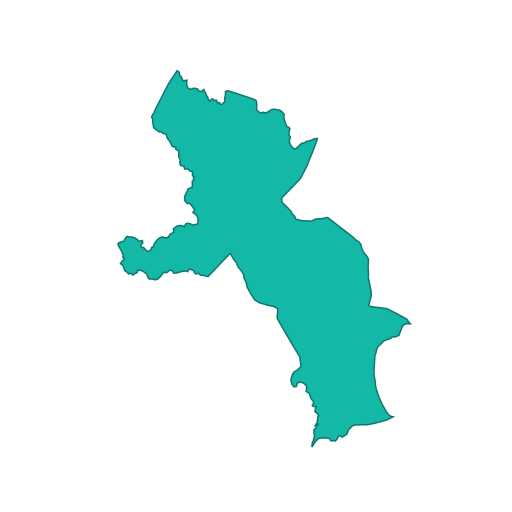 the district of Camaquã, Rio Grande do Sul, Brazil, rotated 346°
{"feature_id": "56859067B61362337582377", "entity_name": "Camaquã", "entity_type": "district", "adm_level": 2, "iso_a3": "BRA", "parent_name": "Brazil", "parent_adm1": "Rio Grande do Sul", "projection": "natural_earth1", "projection_center": [-51.838, -30.928], "detail": "fine", "context": "isolated", "style": "filled", "palette": "teal", "viewbox_px": 512, "rotation_deg": 346, "n_neighbors": 0, "source": "geoboundaries", "source_scale": "gbopen_adm2", "svg_char_len": 4963}
<svg xmlns="http://www.w3.org/2000/svg" viewBox="0 0 512 512"><g transform="rotate(346 256 256)"><path d="M131.9,244.7L133.1,244.0L136.7,243.4L137.4,241.5L140.4,241.7L142.8,243.7L145.5,246.8L146.1,251.2L147.3,252.9L149.2,252.9L152.6,254.8L154.9,254.6L158.2,252.9L162.6,249.3L163.7,250.1L165.7,250.5L168.3,249.1L170.0,249.1L171.4,250.5L171.9,252.7L174.3,253.3L180.7,253.1L184.0,253.5L186.0,254.7L187.0,253.1L188.8,252.7L192.0,255.2L192.3,257.5L193.1,258.8L195.9,258.7L196.5,260.1L198.1,261.4L200.2,262.0L204.4,264.4L231.7,247.1L233.3,253.2L235.5,258.1L235.5,259.9L236.4,263.2L238.1,266.7L239.5,270.9L239.1,274.4L240.0,279.6L239.9,284.3L241.9,291.8L244.1,298.2L247.5,301.9L256.2,307.0L260.8,309.1L264.4,312.5L261.4,321.6L269.9,350.9L274.1,364.4L273.8,366.5L273.2,372.3L273.0,374.0L268.7,376.6L265.1,377.6L263.3,379.2L262.0,380.8L259.9,384.5L259.7,388.5L260.9,391.9L263.2,392.5L264.3,391.6L264.8,389.9L266.3,389.0L268.1,389.1L270.0,389.8L271.7,391.2L273.7,394.7L271.9,399.5L274.4,402.1L274.9,407.8L276.5,411.1L276.2,412.9L274.5,414.6L275.5,416.0L278.2,416.7L276.2,419.2L275.6,421.6L277.0,422.9L278.2,425.9L277.0,427.3L275.2,431.9L275.4,434.1L274.0,433.2L272.3,435.2L274.0,435.4L272.7,437.2L270.2,438.7L269.6,440.8L269.4,444.2L267.0,449.0L265.5,450.7L264.0,454.9L268.4,450.8L271.6,448.6L273.5,448.2L279.6,449.3L283.4,451.1L283.9,453.5L286.0,453.7L288.1,454.7L290.4,453.3L291.7,451.3L294.1,450.6L295.7,452.6L298.1,451.9L300.0,451.3L301.2,450.6L302.5,448.9L303.7,447.0L305.4,446.0L308.7,444.0L311.8,444.0L323.6,446.7L331.1,447.0L342.6,446.8L350.1,445.2L347.5,443.8L346.1,441.6L345.4,440.0L344.7,438.3L342.6,430.7L341.0,421.9L340.5,413.6L340.8,408.9L341.5,404.9L341.6,400.5L342.5,396.6L347.4,381.1L349.0,379.0L350.0,376.6L352.2,373.7L359.6,369.3L367.0,368.4L368.8,367.4L371.2,368.2L375.4,367.6L381.2,359.5L383.2,358.4L385.4,358.0L387.4,358.7L389.4,359.2L388.4,357.6L387.1,353.9L380.6,347.8L371.9,340.1L369.7,338.5L354.6,332.6L353.6,331.0L358.2,322.5L359.3,317.2L359.3,314.1L359.5,310.8L359.6,307.7L359.7,304.5L360.5,301.4L361.2,298.8L361.7,296.5L361.9,294.5L362.9,291.2L364.3,286.7L364.0,284.7L363.2,282.1L361.9,280.0L360.8,276.4L360.5,273.7L360.5,269.8L359.4,267.4L356.5,264.3L354.8,261.3L348.3,253.1L335.7,237.1L334.7,235.9L328.9,235.7L326.9,235.2L325.4,234.9L323.6,234.8L321.6,234.7L318.4,235.7L315.6,234.7L313.3,234.1L309.2,232.9L307.5,232.0L303.6,229.9L303.0,226.5L301.3,224.1L301.0,221.7L300.0,220.0L299.0,217.8L297.2,214.9L294.1,209.9L294.7,207.8L294.7,206.1L305.6,199.3L307.5,198.1L314.4,193.8L318.2,191.3L327.5,180.6L332.1,174.0L334.3,171.2L342.0,160.3L344.2,156.2L342.5,157.3L341.2,156.2L337.6,157.2L336.1,157.0L334.6,157.4L333.1,156.8L331.8,157.6L329.8,157.9L327.5,157.7L322.3,160.6L320.6,161.5L318.9,161.2L317.4,159.3L316.5,157.0L315.9,153.9L316.9,150.9L318.2,148.8L317.2,146.7L318.2,143.4L319.7,140.6L319.0,139.1L317.3,138.0L317.0,136.2L316.5,132.2L316.5,128.3L317.6,125.6L316.5,123.0L314.4,120.3L309.2,117.9L306.1,117.7L301.8,119.3L299.3,119.3L298.0,118.3L294.9,118.4L292.0,114.7L292.6,111.5L293.4,109.5L293.8,105.1L291.7,103.3L269.3,89.1L267.8,88.7L266.1,89.3L265.0,93.2L263.7,95.4L263.3,98.3L261.7,99.5L259.5,100.7L258.0,100.0L257.7,98.3L255.6,98.3L255.3,95.2L253.3,95.1L252.5,93.5L250.8,92.9L249.2,94.5L247.7,93.3L247.6,90.4L246.7,87.6L246.4,85.3L245.8,83.6L245.7,81.8L243.0,83.0L240.6,82.3L239.8,80.0L238.7,79.1L235.9,78.0L234.0,78.5L232.0,78.0L230.5,76.6L230.2,73.2L230.8,70.2L231.6,68.8L227.5,68.3L226.7,63.6L225.7,62.4L225.9,58.9L224.2,57.1L221.3,59.9L212.7,67.8L199.9,82.4L192.4,91.1L191.6,92.8L190.1,93.5L188.3,96.0L188.8,98.3L188.1,102.1L187.8,105.0L187.8,106.8L189.0,108.5L192.1,112.3L193.8,112.4L195.8,114.9L197.8,115.3L198.5,118.1L198.2,119.8L199.4,122.3L200.7,126.3L201.2,129.4L203.1,130.4L204.5,131.2L204.0,133.0L206.5,135.0L205.9,138.0L205.0,141.1L205.8,145.0L204.6,146.4L204.6,149.9L207.8,151.3L207.8,154.4L211.1,155.0L212.4,157.6L214.6,158.5L214.2,161.2L213.8,162.8L215.2,164.1L214.0,165.3L214.0,167.2L212.2,168.1L211.4,171.9L210.7,173.7L206.3,174.5L204.8,176.7L201.4,180.6L200.2,184.7L201.1,187.0L202.3,188.6L204.1,188.6L205.7,191.4L206.5,193.1L207.7,196.5L205.3,198.5L207.2,200.6L208.6,203.4L208.8,205.6L208.2,208.4L207.1,211.0L204.1,210.6L202.3,211.0L201.3,209.7L197.8,207.7L195.5,207.9L193.4,210.4L192.0,208.8L189.5,208.0L185.9,208.0L182.4,209.7L182.0,213.2L177.9,214.0L175.7,216.3L174.5,216.8L171.1,216.0L170.0,214.7L166.8,215.1L164.7,216.1L162.6,217.6L160.5,219.3L158.5,222.3L157.0,222.3L156.2,223.8L154.4,225.1L152.6,225.6L150.7,223.8L149.1,220.8L146.5,219.5L147.2,217.3L149.3,215.9L149.5,213.5L145.7,213.3L144.9,211.3L142.7,209.2L140.4,207.6L138.3,207.1L135.5,205.8L133.0,207.7L131.3,209.8L129.8,209.6L126.1,210.0L124.9,211.0L125.2,213.0L125.9,215.8L127.0,219.7L127.1,221.8L127.5,223.6L126.5,224.7L127.6,226.9L126.2,227.9L124.4,228.8L122.6,230.7L123.7,231.8L124.6,233.3L124.9,235.2L124.9,237.2L125.4,238.8L127.0,240.6L128.1,242.7L129.3,242.2L130.9,243.1L131.9,244.7Z" fill="#14b8a6" stroke="#0f766e" stroke-width="1.5"/></g></svg>